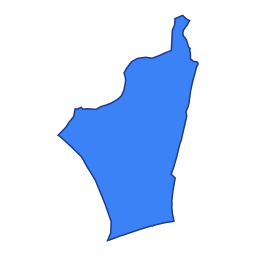 Shubra Al-Khayma 1, Al Qalyubiyah, Egypt
{"feature_id": "37247803B87868406017087", "entity_name": "Shubra Al-Khayma 1", "entity_type": "district", "adm_level": 2, "iso_a3": "EGY", "parent_name": "Egypt", "parent_adm1": "Al Qalyubiyah", "projection": "mercator", "projection_center": [31.255, 30.132], "detail": "fine", "context": "isolated", "style": "filled", "palette": "blue", "viewbox_px": 256, "rotation_deg": 0, "n_neighbors": 0, "source": "geoboundaries", "source_scale": "gbopen_adm2", "svg_char_len": 1917}
<svg xmlns="http://www.w3.org/2000/svg" viewBox="0 0 256 256"><path d="M152.7,225.9L155.0,225.0L160.9,223.6L161.1,223.5L163.4,223.0L164.9,222.7L165.9,222.5L169.3,222.0L172.2,221.6L174.0,221.3L172.3,213.1L172.0,209.5L171.7,206.9L172.0,204.7L171.8,200.8L172.0,199.3L172.9,191.0L173.9,185.3L174.9,179.7L175.2,178.0L171.2,174.2L171.9,172.1L172.2,171.4L174.2,165.6L176.9,156.0L178.4,149.7L180.0,143.4L181.4,139.7L183.5,130.2L185.1,123.4L186.7,116.2L186.0,111.6L188.0,106.8L189.1,102.8L189.7,97.1L190.6,90.9L192.8,80.8L193.4,78.2L194.3,75.9L195.6,70.5L196.9,66.1L197.9,64.7L198.0,63.2L197.3,62.1L196.2,61.7L194.2,61.6L193.1,61.1L191.7,59.8L190.7,59.5L190.5,58.3L190.5,57.2L190.4,55.9L190.4,54.4L190.3,52.8L190.0,51.5L189.7,50.1L190.1,48.5L188.7,47.2L188.0,45.8L187.7,43.7L186.9,41.7L186.5,40.1L184.9,37.6L183.4,36.2L183.0,34.3L182.9,32.9L183.4,30.2L185.8,26.8L187.2,25.1L188.5,22.5L189.6,20.5L187.0,19.4L185.1,17.7L182.6,15.4L180.8,16.1L179.2,16.8L177.9,17.4L176.8,17.8L175.0,18.6L174.7,24.7L172.3,30.5L172.0,37.5L171.7,43.2L171.3,50.5L165.0,52.9L162.0,54.3L159.7,55.4L155.9,56.8L152.3,58.2L150.1,57.9L145.6,57.3L143.1,57.6L141.7,57.8L137.7,58.4L132.7,61.0L131.3,62.0L129.8,64.0L128.5,65.8L126.0,69.2L124.9,71.4L124.0,72.7L125.4,77.8L125.6,80.7L125.3,83.1L124.6,86.8L123.9,90.3L122.7,92.9L121.5,95.7L118.1,99.0L114.8,101.0L111.5,102.9L109.5,103.8L105.8,105.2L102.4,106.2L101.2,106.5L99.7,107.3L96.1,109.4L91.1,109.0L87.0,108.7L82.7,109.2L81.2,107.3L78.1,108.8L76.8,108.9L75.2,108.9L74.8,110.6L74.6,111.9L74.2,113.8L73.7,116.5L72.2,118.4L70.5,120.5L68.6,122.8L67.5,124.7L66.1,127.0L58.1,135.3L59.7,136.2L70.3,145.8L81.6,156.9L87.4,167.3L95.2,179.8L100.3,192.3L101.8,195.9L105.4,204.9L111.2,221.6L110.7,232.8L107.6,240.6L109.4,240.0L113.4,238.5L114.2,238.2L116.4,237.4L119.7,236.1L119.8,236.1L120.7,235.8L123.3,235.1L129.5,232.9L139.2,229.6L150.7,226.1L152.7,225.9Z" fill="#3b82f6" stroke="#1e3a8a" stroke-width="1.5"/></svg>